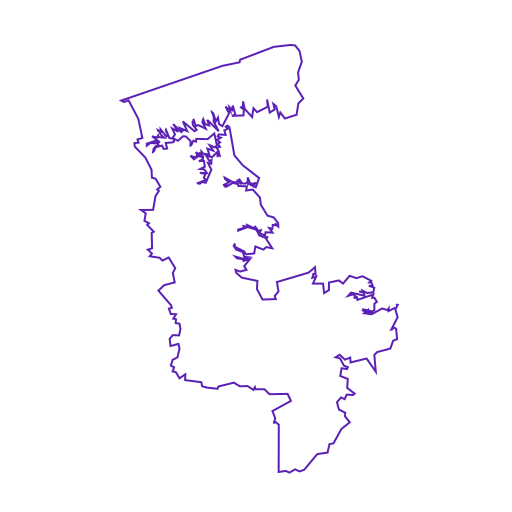 outline of Franklin Local Board Area, Auckland, New Zealand, rotated 95°
{"feature_id": "76426892B8837637515397", "entity_name": "Franklin Local Board Area", "entity_type": "district", "adm_level": 2, "iso_a3": "NZL", "parent_name": "New Zealand", "parent_adm1": "Auckland", "projection": "orthographic", "projection_center": [174.832, -37.083], "detail": "fine", "context": "isolated", "style": "outline", "palette": "violet", "viewbox_px": 512, "rotation_deg": 95, "n_neighbors": 0, "source": "geoboundaries", "source_scale": "gbopen_adm2", "svg_char_len": 6143}
<svg xmlns="http://www.w3.org/2000/svg" viewBox="0 0 512 512"><g transform="rotate(95 256 256)"><path d="M469.2,214.6L467.5,207.5L468.9,203.9L465.1,198.4L466.8,193.9L464.8,189.4L448.0,177.7L445.6,167.6L437.0,166.4L435.9,162.5L420.8,155.8L413.5,148.1L407.9,153.4L404.4,153.4L401.7,160.0L394.6,162.6L389.5,158.9L390.9,155.2L386.2,153.6L386.0,147.3L384.5,145.8L379.4,153.7L370.5,153.8L368.2,161.6L360.4,161.0L360.7,155.4L358.7,154.8L357.7,158.7L350.7,163.4L349.9,167.8L347.1,164.0L351.5,158.3L349.0,153.3L353.8,152.5L348.5,136.9L360.8,126.6L344.3,129.5L341.1,126.9L336.5,114.1L328.5,112.0L326.5,108.2L316.1,110.1L315.2,112.9L317.2,113.8L317.5,114.8L304.7,109.6L295.6,113.1L299.3,119.2L296.6,119.3L298.4,120.4L297.3,125.8L304.0,135.8L303.6,143.3L302.1,141.8L300.9,144.9L299.8,144.6L300.7,137.0L301.5,136.0L299.6,133.4L293.2,133.9L291.1,131.6L287.3,134.4L287.5,136.7L284.1,135.8L290.9,151.2L288.5,151.7L289.3,155.0L287.6,153.0L285.1,156.9L286.2,157.1L287.7,160.8L284.2,158.1L286.1,144.4L283.2,145.4L282.3,150.2L282.6,146.4L281.1,147.0L283.2,142.2L281.9,136.0L277.3,135.4L275.8,141.0L275.5,137.2L272.3,138.7L272.3,140.1L272.5,140.5L272.5,140.8L270.6,139.2L266.9,148.2L269.3,154.0L267.6,161.0L275.9,166.9L273.1,171.3L276.1,181.0L283.7,180.4L287.0,184.9L277.7,186.8L278.5,196.9L271.4,194.3L272.8,198.0L268.8,197.2L269.3,195.1L262.0,196.2L268.0,202.2L280.1,232.9L289.4,230.5L294.2,233.9L297.2,232.5L298.8,245.7L288.8,252.2L280.7,252.4L278.8,268.3L274.5,274.2L271.6,275.2L272.9,270.5L270.6,264.3L267.2,266.9L259.3,261.6L262.0,268.0L260.2,268.8L260.0,274.6L258.4,276.5L260.1,267.6L257.9,263.7L257.9,267.7L253.3,269.3L251.3,276.4L247.9,279.1L245.4,278.0L248.5,278.3L252.5,268.2L255.2,266.1L253.6,258.0L246.6,257.5L249.0,249.1L246.2,246.6L246.9,240.5L237.9,247.5L235.7,245.8L237.0,248.5L235.2,254.5L229.8,257.9L227.9,266.8L232.3,275.9L231.3,276.1L228.8,270.0L227.3,271.0L227.5,266.8L225.9,267.4L229.2,258.6L226.2,259.9L230.8,255.8L229.9,253.5L233.0,254.4L234.7,248.8L231.5,248.5L231.3,241.6L227.0,245.3L227.5,242.1L223.6,242.0L223.7,238.4L221.8,240.0L224.7,236.4L221.3,236.8L216.0,241.7L214.8,248.1L204.5,255.7L197.5,257.1L190.1,265.0L191.6,271.5L187.4,271.2L187.8,279.7L186.0,279.9L185.2,285.4L189.3,291.2L187.4,291.3L189.3,293.2L187.9,294.2L184.9,289.3L181.9,293.6L180.6,294.1L184.2,286.2L184.5,281.4L182.6,281.1L184.5,278.3L180.5,279.7L184.8,276.2L184.9,273.2L183.0,270.7L178.4,271.1L184.1,268.2L185.5,271.0L183.9,265.5L185.0,267.8L185.7,267.4L183.4,263.4L183.5,262.8L186.1,265.6L186.9,263.0L186.5,265.9L187.6,262.2L178.0,259.7L166.8,277.1L157.7,286.3L130.2,293.6L128.6,295.7L129.8,297.4L131.7,295.2L133.7,298.5L138.0,296.8L138.1,303.7L140.2,304.6L141.2,301.4L143.5,304.9L146.0,301.7L147.5,304.0L150.4,301.4L151.6,304.6L155.1,302.1L157.0,302.0L157.4,301.5L157.9,301.7L159.1,300.7L159.4,300.7L158.6,302.8L160.9,302.8L155.9,303.7L161.3,308.3L160.6,314.2L165.6,310.7L164.1,308.7L168.0,308.6L167.4,312.0L173.8,308.0L187.4,312.4L187.0,316.5L188.8,318.1L189.0,319.6L188.5,320.3L184.5,312.5L182.4,314.8L178.6,313.3L178.1,319.2L177.7,312.2L174.3,314.9L174.2,319.2L171.4,314.7L165.8,316.2L166.5,321.2L164.4,317.4L161.3,317.3L161.9,322.7L165.1,326.2L161.9,330.0L163.0,325.3L160.9,323.2L157.7,324.9L161.1,320.3L157.8,321.7L160.4,319.0L156.6,319.5L158.8,317.2L158.9,311.4L153.3,313.8L154.8,307.8L149.7,311.8L151.4,306.3L149.1,304.6L137.6,308.2L143.8,314.4L144.5,325.7L147.3,325.7L146.6,328.5L150.7,329.9L151.5,330.5L151.7,331.0L147.4,331.1L143.1,336.2L143.1,339.1L148.0,343.8L146.3,348.2L148.8,347.6L149.9,348.4L151.3,355.8L156.7,353.9L157.4,357.3L154.2,359.2L156.2,364.9L157.8,366.3L158.9,366.1L160.5,366.8L161.2,367.6L158.2,367.4L155.3,365.4L154.3,362.6L152.4,363.5L152.7,371.2L155.6,374.4L153.6,374.6L150.3,366.9L151.1,361.6L145.8,370.0L146.6,364.9L144.5,364.0L146.1,363.4L146.1,357.9L143.0,361.8L140.4,362.9L140.2,364.0L139.2,364.6L140.3,361.8L138.1,362.1L144.9,355.7L142.6,354.4L140.3,356.2L139.4,356.2L138.7,356.8L138.1,356.9L137.9,356.8L146.1,352.6L146.3,349.8L142.0,347.3L136.2,350.7L139.0,344.2L131.8,350.0L139.1,341.2L137.3,339.7L136.2,341.6L135.6,342.4L135.2,342.7L137.6,335.4L128.3,340.6L137.0,328.2L135.5,326.1L131.0,330.3L128.1,330.9L128.1,330.0L126.0,330.3L125.7,330.0L131.8,327.2L130.6,325.0L133.6,317.2L127.5,321.0L126.8,321.1L124.3,320.5L129.1,318.1L130.0,314.0L125.4,316.1L125.3,315.5L135.0,304.0L125.6,310.0L121.1,310.1L119.5,311.0L117.6,311.2L117.5,311.5L117.4,311.7L117.4,312.0L117.2,312.2L117.0,312.3L116.6,312.4L117.6,311.0L125.3,307.7L121.4,305.9L127.7,304.4L129.6,300.8L116.3,295.3L109.7,299.4L114.3,294.1L109.9,295.5L112.5,292.6L108.2,292.2L116.9,288.9L118.5,292.3L117.1,280.8L111.2,280.8L108.8,284.7L109.6,282.1L103.1,282.3L110.4,280.1L117.9,272.0L109.0,271.4L112.6,267.5L106.3,257.3L99.1,258.6L111.9,254.8L108.4,250.2L103.0,251.9L105.1,248.9L115.5,245.3L110.9,244.3L116.5,239.2L111.8,227.9L100.3,227.1L95.0,222.6L82.7,231.7L76.7,228.7L69.4,230.1L58.5,227.3L48.0,230.5L42.8,235.4L42.8,240.2L46.1,256.5L61.8,288.9L64.5,289.3L69.4,305.8L112.9,403.8L114.1,400.9L112.1,396.5L129.6,385.2L148.3,379.5L150.2,384.2L153.3,382.9L154.1,386.9L157.5,386.4L167.6,374.8L179.2,367.6L187.1,366.5L187.7,362.8L195.4,357.3L198.4,360.2L199.6,358.4L205.2,361.4L219.0,362.5L220.2,374.5L223.0,369.6L230.7,370.2L232.7,365.5L234.5,367.1L240.7,360.0L242.1,361.9L257.4,360.2L259.1,364.3L262.6,359.9L265.5,361.8L266.2,351.8L268.7,348.8L265.1,342.8L275.2,335.4L280.2,337.4L289.4,334.7L293.0,344.9L299.0,350.2L312.5,336.3L314.9,335.3L316.0,338.2L321.2,335.8L321.0,330.6L325.6,332.9L325.9,330.3L329.9,330.1L330.1,326.3L335.2,324.9L341.8,325.7L342.1,332.1L346.1,334.8L353.1,333.3L350.3,325.6L355.0,324.1L363.8,325.4L366.7,330.0L372.6,331.3L374.0,327.9L378.2,329.0L378.7,325.7L384.5,321.5L380.0,316.1L385.8,315.8L386.5,299.5L390.4,298.3L391.4,293.5L391.6,282.8L389.2,281.9L384.1,267.0L387.2,260.7L386.3,253.1L389.6,246.9L386.8,245.6L388.8,244.8L388.0,236.0L392.5,230.5L390.6,212.5L397.3,208.6L409.0,226.1L416.0,222.7L421.4,223.8L419.2,222.8L422.0,218.6L469.2,214.6ZM302.8,140.3L300.6,140.1L303.1,142.1L302.8,140.3ZM303.1,138.4L302.5,136.0L301.5,139.0L303.1,138.4ZM293.8,111.2L292.3,110.6L292.3,111.4L293.8,111.2Z" fill="none" stroke="#5b21b6" stroke-width="2"/></g></svg>